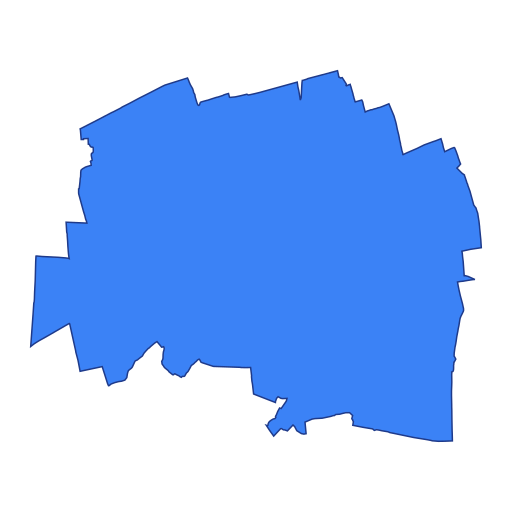 outline of Mihail Kogalniceanu, Tulcea, Romania
{"feature_id": "2599482B55110090687789", "entity_name": "Mihail Kogalniceanu", "entity_type": "district", "adm_level": 2, "iso_a3": "ROU", "parent_name": "Romania", "parent_adm1": "Tulcea", "projection": "mercator", "projection_center": [28.734, 45.026], "detail": "fine", "context": "isolated", "style": "filled", "palette": "blue", "viewbox_px": 512, "rotation_deg": 0, "n_neighbors": 0, "source": "geoboundaries", "source_scale": "gbopen_adm2", "svg_char_len": 5932}
<svg xmlns="http://www.w3.org/2000/svg" viewBox="0 0 512 512"><path d="M460.6,164.0L459.8,162.1L458.9,159.4L458.5,158.5L457.7,155.7L456.0,151.0L454.7,147.9L454.1,147.5L451.3,148.5L444.7,151.7L443.4,147.6L442.6,144.0L441.6,140.7L441.0,138.7L435.7,140.8L433.2,141.6L424.2,144.9L417.1,148.4L406.5,153.0L402.5,154.9L402.9,154.4L402.9,153.8L401.8,150.3L401.3,147.6L400.6,145.0L400.5,143.6L399.5,139.4L399.4,138.4L398.7,134.9L397.4,129.7L396.3,124.3L395.6,121.5L393.9,115.7L388.9,103.8L382.3,106.5L379.6,107.5L377.9,107.8L376.5,108.4L374.0,109.0L372.1,109.7L370.8,109.8L368.6,110.6L367.4,110.9L366.1,111.6L365.2,112.0L363.5,105.7L362.7,101.9L362.1,100.7L362.0,100.2L361.6,100.0L361.1,100.2L357.4,101.3L355.2,101.9L354.9,101.3L354.8,100.6L354.0,98.2L353.6,96.4L353.2,95.2L353.0,94.0L352.4,91.9L351.6,89.2L350.9,86.6L350.2,84.7L350.2,84.4L349.0,84.7L348.0,85.2L347.3,85.5L346.4,85.8L346.1,85.6L346.0,85.3L346.4,84.6L346.3,84.1L346.0,83.5L342.2,77.6L340.4,78.0L339.2,77.0L338.8,77.0L338.4,74.6L337.5,70.7L318.1,75.9L307.8,78.6L306.9,79.1L302.8,80.4L302.3,80.4L302.0,82.5L301.7,87.1L301.2,97.7L300.7,98.9L300.3,100.1L299.7,96.2L298.8,90.7L297.9,86.8L297.2,82.1L259.5,92.5L255.4,93.5L248.7,95.0L247.9,94.8L246.9,94.2L240.8,95.7L235.2,96.9L230.0,97.4L229.5,97.2L228.5,93.5L226.3,94.1L223.8,94.9L223.2,95.3L221.2,96.0L218.1,97.0L216.3,97.4L211.6,98.9L207.8,100.2L206.8,100.4L202.4,101.6L200.8,102.1L200.3,102.5L200.0,103.3L199.5,104.9L198.8,105.4L198.5,105.4L197.8,104.8L196.9,102.6L195.3,97.3L194.8,94.5L193.6,92.4L193.4,91.1L192.6,88.6L190.4,84.8L189.2,82.1L188.5,80.2L187.5,78.0L164.9,85.1L162.4,86.3L150.6,92.4L139.1,98.2L129.6,103.3L123.0,106.6L122.2,107.0L120.6,108.1L113.6,111.7L111.6,112.6L93.6,122.0L80.1,128.9L80.4,130.0L81.2,139.5L83.5,139.5L83.6,138.7L88.1,138.5L88.3,144.2L89.2,144.3L90.5,146.6L91.5,147.1L92.8,147.2L93.2,147.7L93.3,151.1L93.0,152.4L92.3,153.0L91.6,153.4L91.3,154.1L91.3,155.7L92.1,159.7L92.1,160.3L91.8,160.6L90.9,160.9L90.4,161.4L91.0,163.1L91.2,165.3L87.1,166.5L85.4,167.1L82.4,168.9L81.0,170.2L80.8,171.8L80.7,172.5L80.7,173.8L80.6,176.6L80.2,178.7L80.0,181.6L79.2,188.6L78.6,188.9L78.6,193.1L78.8,194.3L83.6,211.8L84.8,215.6L85.6,219.0L86.5,221.3L86.9,223.1L66.1,222.2L66.7,232.0L67.2,234.0L67.2,235.1L67.2,235.6L67.6,241.0L67.9,246.5L68.4,253.1L68.8,256.5L69.2,258.6L68.4,258.3L65.4,257.9L58.2,257.3L42.1,256.5L36.7,256.0L36.0,256.1L35.7,261.6L35.2,281.0L35.0,284.7L34.6,292.3L34.4,299.1L34.2,301.7L33.8,303.1L33.2,312.2L30.7,346.5L33.9,344.0L36.0,342.6L38.9,340.8L48.9,335.2L65.3,325.7L69.0,323.6L69.4,323.5L69.6,323.7L69.7,323.9L74.7,346.5L75.4,349.6L75.7,351.0L75.8,352.0L78.0,360.3L80.1,371.3L102.2,366.6L107.6,383.7L108.5,385.7L109.2,385.6L111.1,384.0L114.8,382.6L118.6,381.6L121.6,381.2L124.9,380.1L126.8,377.6L127.2,375.2L127.3,374.4L127.7,372.6L128.3,370.8L129.3,369.8L131.4,368.2L132.3,367.1L134.9,361.4L135.4,360.8L137.3,360.0L139.5,358.2L142.4,356.0L143.9,353.3L145.7,351.2L148.2,348.5L149.4,347.8L150.4,346.7L154.5,343.2L157.0,341.6L158.0,342.8L158.4,343.3L160.2,345.4L161.4,346.9L161.7,347.2L162.2,347.1L163.6,346.7L164.2,348.2L164.0,349.9L163.4,351.9L163.1,354.4L163.0,358.0L162.8,359.2L162.6,359.7L162.0,360.8L161.7,361.5L161.8,362.1L162.0,362.8L162.0,363.8L162.2,364.2L163.6,366.1L164.1,367.0L165.0,368.0L166.5,369.2L168.2,370.6L169.0,371.8L172.5,374.6L172.9,374.8L173.4,374.8L173.6,374.7L174.5,373.9L174.8,373.8L175.3,374.0L176.7,374.8L179.1,375.9L179.9,376.6L180.6,377.0L181.2,377.2L181.4,377.3L181.8,376.8L182.3,376.4L183.0,376.3L183.6,376.4L184.0,376.4L184.3,376.3L184.7,376.0L184.9,375.7L186.4,373.0L187.3,372.2L188.0,371.5L189.8,368.4L191.3,365.5L193.3,364.1L194.3,363.2L195.0,362.4L196.4,361.3L197.2,360.3L197.7,359.9L198.7,359.3L199.3,359.2L200.3,360.7L200.5,361.3L201.0,362.2L202.4,362.8L213.4,366.4L240.2,367.3L240.9,367.5L245.9,367.6L250.6,367.5L251.6,375.8L251.5,376.8L251.8,379.7L251.9,381.0L252.4,383.7L252.6,385.2L253.6,394.0L256.9,395.3L275.4,402.5L275.5,401.4L276.6,398.3L278.1,396.7L280.9,398.3L282.6,398.6L287.0,398.4L286.3,401.1L281.2,408.5L279.6,408.0L277.7,411.5L276.4,414.8L275.5,416.4L275.8,417.5L274.9,418.6L273.2,419.0L271.3,420.1L269.6,421.4L268.7,422.5L268.2,423.7L267.9,425.3L267.5,425.7L266.3,425.3L269.6,430.4L273.7,436.1L280.5,428.8L280.9,428.6L281.5,428.6L283.0,429.6L283.7,429.9L284.7,429.9L287.4,430.9L293.0,425.0L294.7,426.7L296.8,430.7L301.4,433.6L303.9,434.1L306.1,433.7L305.0,422.1L312.1,419.1L314.9,418.6L322.2,418.2L330.8,416.4L333.2,415.6L334.2,415.6L334.6,415.4L335.1,415.0L335.7,414.5L339.7,414.2L342.7,413.4L345.8,412.7L348.5,412.7L349.3,412.6L349.6,412.7L352.6,415.5L351.8,418.8L352.8,420.0L352.7,420.6L353.4,421.5L352.8,425.3L363.0,427.3L372.6,428.9L374.3,430.4L376.5,429.7L379.0,430.1L381.6,430.7L388.1,431.8L389.9,432.6L392.5,433.1L413.7,437.5L427.3,439.7L430.9,440.4L432.2,440.8L434.7,441.0L438.5,441.3L444.5,441.2L452.4,440.9L452.3,436.5L452.2,433.0L452.1,430.5L452.0,424.4L451.9,419.5L451.8,409.9L451.7,406.9L451.7,404.9L451.5,395.7L451.5,390.9L451.7,385.7L451.8,382.2L451.7,374.7L451.8,373.0L451.7,372.0L452.8,371.5L453.2,371.0L453.5,369.9L453.6,368.2L453.6,365.3L453.8,364.2L453.9,362.3L454.1,362.3L455.8,359.1L454.7,357.0L454.1,356.1L454.2,353.1L455.0,347.2L455.5,345.0L456.1,341.5L456.8,336.5L457.8,331.4L458.2,328.9L458.9,325.6L459.8,320.0L460.1,318.4L460.9,316.3L462.2,313.7L463.3,311.4L463.6,310.3L463.5,308.3L463.1,306.7L462.9,305.7L462.4,303.4L460.3,295.6L459.0,289.9L458.2,285.9L457.5,282.0L460.2,281.5L463.2,281.2L467.8,280.4L473.0,279.6L474.9,279.5L468.3,276.5L465.4,275.7L464.2,275.7L463.2,261.7L462.6,256.9L462.3,253.4L461.9,251.2L470.6,249.3L481.3,247.7L480.8,239.8L479.6,227.5L479.6,226.9L478.9,220.7L478.8,220.4L477.7,213.2L476.7,210.4L476.0,208.0L474.7,206.4L473.6,204.8L473.6,204.5L470.8,194.3L470.0,191.3L467.8,185.3L467.6,184.3L466.8,182.6L466.5,181.4L465.9,179.6L465.1,177.2L464.4,175.3L464.4,174.9L462.0,173.2L456.9,168.1L457.6,167.3L458.5,166.5L460.6,164.0Z" fill="#3b82f6" stroke="#1e3a8a" stroke-width="1.5"/></svg>